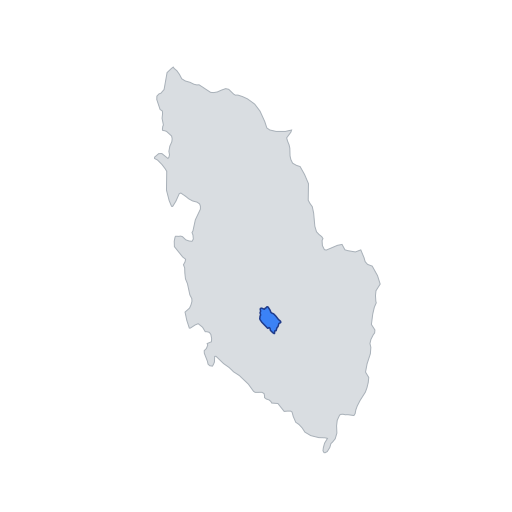 location of Prague within Czechia, rotated 240°
{"feature_id": "CZE-1595", "entity_name": "Prague", "entity_type": "Region", "adm_level": 1, "iso_a3": "CZE", "parent_name": "Czechia", "parent_adm1": "", "projection": "natural_earth1", "projection_center": [14.449, 50.06], "detail": "fine", "context": "in_parent", "style": "filled", "palette": "blue", "viewbox_px": 512, "rotation_deg": 240, "n_neighbors": 0, "source": "natural_earth", "source_scale": "10m", "svg_char_len": 4325}
<svg xmlns="http://www.w3.org/2000/svg" viewBox="0 0 512 512"><g transform="rotate(240 256 256)"><path d="M461.0,278.8L459.4,278.9L456.0,280.1L451.5,280.5L446.6,280.3L442.9,282.3L439.4,285.7L435.8,288.1L433.8,290.2L432.7,292.3L420.4,298.5L418.7,301.0L417.4,304.5L416.9,309.2L416.1,313.4L414.0,315.7L407.3,317.6L405.6,318.6L404.4,320.8L400.7,324.1L396.3,327.2L388.2,330.8L379.5,331.9L368.1,330.8L361.5,329.4L358.3,330.9L353.9,335.6L349.2,343.7L347.3,349.8L345.8,348.1L343.0,341.6L339.9,340.8L335.7,340.2L332.5,339.2L325.6,335.5L322.1,334.4L318.1,334.1L314.3,336.3L311.4,338.9L302.3,338.8L292.4,337.6L278.2,329.1L274.5,329.0L270.6,329.4L264.4,327.4L252.3,321.8L246.7,320.5L243.2,321.3L239.9,322.6L237.6,322.7L236.3,320.9L231.8,318.7L227.3,318.4L226.0,319.8L224.5,331.9L223.0,336.3L216.9,336.1L214.7,338.2L209.8,344.1L208.9,349.8L200.5,348.7L196.5,347.7L193.0,348.4L189.1,351.6L178.2,351.4L169.6,349.5L165.9,342.5L162.0,339.7L157.0,337.2L155.3,336.7L152.5,332.9L147.4,328.1L139.0,321.7L132.5,322.0L130.1,320.3L129.0,317.9L126.3,313.8L123.2,310.9L119.5,309.8L114.2,306.2L107.1,298.3L100.7,292.8L94.4,292.9L90.4,290.0L86.4,286.2L83.4,282.6L78.8,273.8L75.5,268.7L72.9,265.6L69.9,263.0L68.9,261.0L72.6,256.3L73.9,253.9L75.5,252.2L76.4,250.3L76.4,248.8L73.1,244.2L68.7,240.9L62.2,237.5L58.1,233.2L56.6,229.3L56.1,227.1L53.3,224.2L51.0,219.9L51.1,217.4L51.7,216.6L53.8,216.6L56.2,218.4L59.6,221.8L62.3,226.7L64.1,224.8L67.3,219.6L73.1,213.6L79.0,210.3L84.2,210.0L88.5,209.0L92.1,207.3L98.3,208.0L102.8,209.2L104.3,208.5L106.1,205.4L107.3,202.7L117.3,201.2L120.8,196.1L122.7,196.1L124.9,195.3L127.0,193.4L129.1,192.6L130.7,193.5L132.8,194.2L135.0,193.0L138.3,187.1L140.1,186.2L148.9,185.3L160.8,181.8L166.8,178.7L172.8,177.0L179.1,174.1L189.2,171.2L189.7,170.0L185.0,167.0L183.5,165.1L182.4,163.2L184.1,161.1L186.3,160.4L189.1,161.3L197.6,162.6L199.9,163.8L200.7,166.8L202.9,169.6L204.6,169.9L204.0,174.5L206.7,176.3L210.6,177.7L213.2,177.4L215.1,175.5L215.8,174.2L221.0,174.1L226.3,172.1L226.7,169.0L226.4,163.1L226.9,162.2L234.9,163.9L242.9,166.5L244.1,172.4L246.2,175.3L248.8,177.9L251.2,179.1L255.4,179.3L266.3,182.8L271.5,183.5L276.9,185.9L281.4,188.3L284.7,188.8L286.3,191.5L288.3,193.4L291.9,192.0L304.9,190.0L309.7,192.6L312.9,195.4L313.3,196.3L311.7,198.8L310.9,200.7L309.5,202.0L305.1,203.3L302.5,205.5L300.7,207.9L302.0,210.2L305.7,211.9L308.3,212.3L309.3,214.0L317.6,221.5L324.4,231.3L327.0,232.8L329.4,233.2L332.2,231.8L335.4,228.6L339.2,226.3L342.4,225.1L348.1,222.4L348.3,220.6L343.5,214.0L340.6,208.6L341.3,207.7L347.4,208.5L357.8,211.4L373.9,221.0L376.7,221.0L382.3,220.3L388.4,218.7L391.2,216.9L392.3,217.6L393.3,222.9L391.8,225.7L384.5,228.5L385.0,229.9L386.9,231.7L390.2,232.9L394.2,236.3L397.0,240.2L399.4,242.0L402.1,242.9L408.7,240.8L410.5,239.2L411.3,238.0L412.6,238.3L415.0,240.2L415.7,241.3L422.2,243.5L425.9,246.2L428.3,247.4L430.9,246.2L441.1,248.3L444.0,250.1L444.9,253.1L444.5,254.9L446.1,259.6L459.3,270.7L460.7,276.5L461.0,278.8Z" fill="#d9dde1" stroke="#a8b0b8" stroke-width="1"/><path d="M198.8,227.7L199.4,227.8L199.8,227.9L200.1,228.1L201.1,228.9L201.9,229.4L202.1,229.7L202.3,230.2L202.6,230.5L203.1,230.7L204.5,231.0L204.9,231.2L205.3,231.7L205.5,232.0L205.8,232.3L206.0,232.4L206.4,232.6L207.7,233.0L208.0,233.2L208.3,233.6L208.3,234.0L208.2,234.5L207.7,235.1L206.0,236.4L205.8,236.6L205.7,236.8L205.8,237.1L206.1,237.5L206.1,237.8L206.2,238.0L206.1,238.7L206.1,238.9L206.3,239.2L206.4,239.4L206.5,239.7L206.5,239.8L206.5,240.0L206.4,240.2L206.1,240.8L204.7,241.0L202.5,241.1L201.4,241.0L200.6,240.9L200.4,240.8L200.3,240.7L200.1,240.7L199.7,240.8L199.1,240.9L198.2,241.5L197.3,242.2L196.9,242.4L194.2,243.1L189.8,243.7L187.3,244.6L186.6,244.5L186.4,244.4L186.2,244.3L186.1,244.2L186.0,243.7L186.0,243.1L186.1,242.9L186.1,242.4L186.0,242.1L185.9,241.8L184.2,240.2L184.0,239.8L183.8,239.6L183.5,238.6L183.2,238.2L183.1,237.9L181.6,236.4L181.4,236.2L181.3,235.8L181.4,235.6L181.5,235.4L181.6,235.1L181.7,234.9L181.7,234.7L181.5,234.4L181.1,234.2L180.0,233.6L179.8,233.4L179.7,233.3L179.8,233.1L179.8,232.9L180.0,232.8L181.1,232.2L184.0,231.4L184.4,231.3L184.7,231.4L186.2,231.9L186.5,231.9L186.9,231.9L187.2,231.7L187.5,231.5L187.5,231.3L187.5,231.0L187.4,230.8L187.4,230.5L187.4,230.2L187.6,230.0L187.8,229.9L195.8,227.9L198.8,227.7Z" fill="#3b82f6" stroke="#1e3a8a" stroke-width="1.5"/></g></svg>